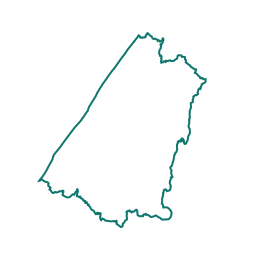 Mananjary, Vatovavy-Fitovinany, Madagascar (Mercator projection), rotated 198°
{"feature_id": "10022922B52512193010711", "entity_name": "Mananjary", "entity_type": "district", "adm_level": 2, "iso_a3": "MDG", "parent_name": "Madagascar", "parent_adm1": "Vatovavy-Fitovinany", "projection": "mercator", "projection_center": [48.046, -21.236], "detail": "fine", "context": "isolated", "style": "outline", "palette": "teal", "viewbox_px": 256, "rotation_deg": 198, "n_neighbors": 0, "source": "geoboundaries", "source_scale": "gbopen_adm2", "svg_char_len": 5686}
<svg xmlns="http://www.w3.org/2000/svg" viewBox="0 0 256 256"><g transform="rotate(198 128 128)"><path d="M69.2,198.4L70.8,197.8L71.7,198.2L72.6,197.9L73.0,198.4L74.5,197.7L74.8,197.8L74.8,198.3L75.3,198.8L77.1,199.3L79.2,200.7L80.4,201.1L81.5,201.1L81.4,202.0L81.2,202.4L81.4,202.9L81.1,204.2L81.4,204.8L82.8,204.5L84.0,204.6L85.0,205.3L85.6,205.2L85.9,205.4L87.0,205.5L88.2,206.6L91.0,207.4L91.9,208.0L92.8,208.0L93.4,208.3L93.7,210.1L94.0,210.5L95.0,210.9L95.6,212.9L96.2,213.1L98.6,212.3L99.4,213.4L99.9,213.5L100.4,213.2L100.9,213.0L102.4,213.0L102.7,212.7L103.1,211.7L102.7,209.3L104.4,207.4L104.8,206.4L105.5,205.8L106.2,205.7L106.8,205.2L107.4,205.2L108.0,205.0L108.6,205.4L110.3,204.5L110.6,204.1L111.7,203.7L112.6,203.7L112.8,203.3L112.4,202.7L112.5,202.5L112.9,202.7L113.4,202.5L113.7,202.7L114.1,202.3L114.7,202.3L115.0,201.4L115.6,201.1L116.1,200.5L116.5,200.4L116.6,201.0L117.3,201.6L117.2,203.3L117.4,203.8L117.9,204.1L117.8,205.2L118.2,205.5L118.2,206.4L119.0,207.0L119.4,206.4L119.7,206.4L120.5,207.5L121.4,208.4L121.7,209.4L122.0,210.9L122.0,212.2L121.5,214.1L121.8,214.9L121.7,216.3L121.9,216.7L122.8,217.1L122.9,217.5L122.5,218.2L121.9,218.4L121.8,218.7L121.4,220.7L121.8,222.0L121.4,222.7L121.8,223.4L122.5,224.0L122.7,223.6L122.6,222.7L122.8,222.0L124.0,220.2L124.4,220.0L125.6,220.9L126.2,220.9L126.6,220.3L126.8,221.0L127.2,221.2L127.8,221.0L129.1,221.0L129.6,221.4L131.2,220.6L132.3,220.8L133.9,222.4L135.2,222.6L138.4,224.3L138.8,224.1L139.3,223.2L139.0,222.7L139.2,222.1L139.8,221.3L139.4,220.0L139.9,219.3L142.1,218.7L142.1,218.3L142.8,218.0L143.5,218.1L144.2,217.8L144.6,218.0L145.3,219.0L146.0,219.4L146.5,219.4L147.2,216.7L148.5,213.5L148.7,212.2L148.8,212.1L149.0,212.2L150.7,207.3L152.2,203.6L154.0,197.1L155.5,193.3L159.7,179.8L160.5,178.2L162.9,171.0L163.4,169.0L165.7,161.8L168.1,152.1L168.5,148.4L171.6,135.9L171.6,131.6L172.2,130.5L173.5,125.5L174.8,121.9L174.8,121.1L178.8,112.1L183.7,98.0L186.5,89.3L190.1,79.9L190.4,77.5L190.1,74.9L191.7,66.9L192.3,63.1L193.2,59.1L194.6,54.4L195.7,51.8L196.1,50.3L195.6,50.6L195.3,51.6L194.1,52.3L193.5,52.3L191.3,51.5L190.0,51.3L189.6,51.3L188.8,51.6L187.0,51.3L186.4,50.8L186.3,49.0L185.9,48.3L183.5,47.5L183.1,47.1L183.7,45.8L183.7,45.3L183.5,45.1L182.1,44.7L180.6,43.4L179.7,43.0L178.3,43.4L177.8,44.6L175.8,44.7L174.5,45.6L173.6,46.8L172.2,46.9L171.6,47.3L170.9,48.2L170.2,48.3L169.9,48.1L169.9,47.2L169.6,46.6L169.9,46.1L169.5,44.8L169.6,44.1L166.9,43.4L164.0,43.3L162.5,43.9L161.8,44.7L160.7,46.8L160.0,47.9L158.6,47.9L158.1,50.8L157.1,52.7L157.1,53.1L157.5,53.7L157.4,54.0L157.1,54.1L156.9,53.9L156.1,52.3L156.0,49.5L155.6,47.4L154.5,47.5L153.0,47.2L152.6,47.5L152.4,48.0L152.1,48.0L151.6,46.8L150.8,46.6L150.0,46.7L149.6,46.3L148.9,46.2L148.3,45.4L147.8,45.3L147.3,44.9L146.9,44.9L146.5,45.5L146.1,45.4L145.7,44.6L145.6,43.8L145.4,43.5L144.9,43.7L144.7,44.5L144.3,44.6L142.9,43.2L142.6,42.6L142.2,42.9L141.7,42.9L141.6,42.7L141.7,42.3L141.6,42.1L139.5,41.1L138.3,39.7L137.2,39.0L135.4,38.8L134.4,38.2L133.8,37.5L132.9,37.0L132.1,36.1L131.8,36.1L131.6,36.3L131.2,37.5L130.4,36.8L130.0,36.7L129.7,36.9L129.7,37.1L130.1,38.0L128.4,38.4L127.5,38.2L127.4,37.5L127.5,36.5L127.0,35.9L127.2,35.0L126.1,32.9L125.4,32.3L125.0,32.1L124.7,33.2L124.7,33.7L124.5,34.0L123.8,33.8L122.7,33.8L120.9,32.9L119.6,33.3L118.3,33.3L117.5,33.6L115.4,33.9L113.1,34.9L112.6,34.8L112.2,35.2L111.5,35.1L110.4,36.2L110.2,36.1L109.8,35.4L109.9,34.2L109.2,33.8L109.0,33.1L107.4,32.9L106.5,32.3L105.3,32.1L104.5,31.7L103.9,31.7L103.1,32.4L102.9,33.0L102.8,33.5L103.3,35.0L103.3,35.6L102.3,37.2L102.2,38.7L101.7,39.6L101.0,40.1L100.8,41.2L102.1,43.9L102.7,46.7L103.5,47.5L103.1,48.5L102.5,49.0L101.7,49.4L101.2,50.0L100.4,49.3L100.1,49.5L99.6,49.5L98.6,48.8L98.1,49.3L98.1,49.8L96.7,50.2L95.0,52.7L94.5,52.9L94.0,52.3L93.6,52.2L93.5,52.5L93.4,51.1L92.9,50.5L92.3,48.8L91.9,48.2L91.7,48.0L89.7,47.7L88.3,48.1L87.5,48.6L86.5,48.8L86.6,50.0L86.4,50.5L85.6,51.1L84.5,50.9L84.4,51.7L83.9,51.7L83.4,51.3L82.7,51.5L80.5,51.1L78.9,50.4L78.1,50.7L77.7,51.0L76.4,51.6L75.2,53.0L74.3,53.4L73.5,53.3L72.6,52.8L71.4,52.6L70.1,52.5L67.1,51.4L65.6,52.1L63.3,52.8L62.7,53.2L61.6,53.5L61.0,54.2L60.0,56.1L59.9,58.7L60.4,60.8L61.1,61.9L63.5,63.7L66.0,64.6L69.3,63.7L69.8,63.3L70.2,63.8L70.4,64.7L71.3,65.9L72.5,66.5L72.8,68.9L73.7,71.0L73.8,73.0L73.7,73.7L74.0,74.5L73.9,75.3L74.6,76.8L74.3,77.1L74.3,77.5L74.7,79.9L74.6,80.3L73.2,81.3L71.6,80.0L71.1,80.5L70.0,80.9L69.5,81.3L69.0,81.9L68.8,82.6L69.1,84.7L69.5,85.3L69.4,86.3L71.1,88.1L71.7,90.2L71.7,91.2L71.2,94.2L70.8,94.8L71.6,94.8L71.2,95.4L71.3,95.8L73.2,98.9L73.4,101.0L74.8,102.2L75.6,103.4L75.5,104.1L74.7,105.3L74.6,106.4L74.8,108.1L74.7,110.3L75.2,114.6L75.3,115.5L75.7,116.7L75.0,117.7L75.3,119.2L74.6,120.0L74.5,120.4L74.7,121.8L74.6,123.0L75.3,124.1L76.3,127.7L75.8,128.9L76.2,129.7L76.4,130.2L76.0,130.9L75.6,130.7L75.2,131.0L75.4,131.4L75.2,131.8L74.2,131.6L73.6,131.3L72.7,132.2L72.8,132.5L73.8,133.0L73.9,133.5L73.8,134.4L73.1,134.8L72.4,134.7L71.0,133.4L70.3,131.3L69.9,131.3L69.5,131.0L69.4,130.5L68.8,130.4L68.5,130.8L68.0,131.2L68.0,132.9L67.5,133.8L67.6,135.5L68.1,138.3L68.1,139.3L67.8,140.4L67.6,142.2L67.6,143.0L68.1,143.7L68.7,145.5L69.3,146.5L70.3,147.2L71.1,148.9L71.3,152.0L71.9,153.0L71.8,153.5L72.0,154.1L72.5,154.7L72.3,155.2L72.6,156.3L72.3,156.9L73.5,159.7L74.6,163.4L74.4,166.8L74.6,167.9L75.0,168.3L76.0,171.1L75.1,172.1L74.3,172.6L74.3,172.8L75.2,175.0L75.2,175.9L75.0,177.1L75.6,178.1L73.9,180.3L73.4,180.5L72.8,180.4L71.9,182.2L72.8,183.5L72.9,186.1L72.7,187.0L72.2,187.8L71.4,187.3L71.1,187.8L71.4,190.1L71.2,191.2L71.4,192.3L70.9,192.6L70.6,193.4L69.6,194.2L68.6,195.4L68.6,196.4L68.9,197.1L69.2,198.4Z" fill="none" stroke="#0f766e" stroke-width="2"/></g></svg>